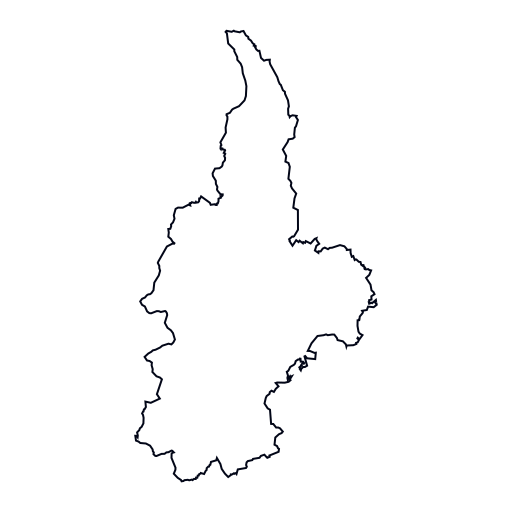 Iara, Cluj, Romania (Natural Earth projection), rotated 90°
{"feature_id": "2599482B94451106433579", "entity_name": "Iara", "entity_type": "district", "adm_level": 2, "iso_a3": "ROU", "parent_name": "Romania", "parent_adm1": "Cluj", "projection": "natural_earth1", "projection_center": [23.508, 46.546], "detail": "fine", "context": "isolated", "style": "outline", "palette": "ink", "viewbox_px": 512, "rotation_deg": 90, "n_neighbors": 0, "source": "geoboundaries", "source_scale": "gbopen_adm2", "svg_char_len": 6119}
<svg xmlns="http://www.w3.org/2000/svg" viewBox="0 0 512 512"><g transform="rotate(90 256 256)"><path d="M435.8,376.7L440.6,376.0L441.6,373.4L443.0,371.7L443.5,366.1L445.7,361.9L449.4,359.4L451.4,359.1L452.4,358.2L454.2,358.5L455.9,356.7L456.0,355.5L453.9,350.5L453.8,347.4L452.4,345.6L452.2,343.5L450.6,340.5L450.8,339.7L452.4,338.2L452.8,339.6L453.7,340.4L457.9,340.5L467.7,336.5L469.8,336.6L473.7,338.2L477.8,334.3L480.0,331.0L481.3,330.4L481.0,328.5L480.2,327.6L479.8,324.2L480.3,322.8L479.6,320.1L480.1,319.4L478.9,318.0L479.0,316.3L477.6,316.0L477.7,314.7L475.6,314.3L475.5,313.3L474.1,312.8L473.6,311.4L473.0,311.2L474.0,307.9L470.8,306.3L470.0,305.4L468.2,305.3L466.7,303.9L466.6,303.0L465.0,302.4L464.8,301.7L461.9,301.0L460.3,295.7L458.0,295.1L464.0,291.6L468.9,290.3L473.6,287.1L477.0,283.8L475.0,281.1L474.4,281.1L474.5,280.1L473.3,278.1L473.8,277.7L473.1,276.2L474.0,275.5L469.4,274.2L468.0,266.0L466.7,265.2L465.0,265.9L462.4,265.4L461.1,264.2L460.1,259.7L458.9,259.0L457.8,252.5L455.9,251.1L454.7,247.6L457.5,245.1L457.3,244.6L457.7,244.4L456.8,242.3L455.5,242.6L451.8,233.4L448.9,233.0L448.1,234.1L446.1,234.9L444.7,237.5L437.5,236.7L434.2,233.0L433.1,230.4L431.6,229.2L428.3,232.0L427.5,233.8L427.5,235.9L424.0,238.7L423.9,240.9L409.7,242.0L408.4,244.3L403.5,247.5L397.9,246.2L396.0,245.3L393.9,242.5L392.1,242.2L390.7,240.5L391.9,238.1L388.8,236.2L386.3,233.5L383.0,236.3L382.5,234.8L382.7,227.3L381.8,223.4L380.2,221.5L379.3,222.1L376.2,220.2L376.8,221.6L376.2,221.9L379.7,224.2L377.9,224.6L375.6,224.0L371.8,225.2L370.8,223.7L366.9,221.7L364.8,218.1L363.6,217.0L361.1,216.3L359.5,214.0L359.6,212.8L358.6,212.2L358.7,211.5L361.6,211.3L361.7,208.9L363.1,207.8L363.7,208.2L362.9,209.3L365.2,210.9L365.6,210.4L367.3,212.6L368.4,211.7L369.0,212.2L370.4,211.2L368.8,210.7L367.0,208.8L367.0,207.1L365.7,204.9L356.4,207.5L356.0,206.8L358.3,204.9L359.1,196.8L352.7,196.2L352.9,197.5L351.0,202.0L350.9,204.2L343.3,200.5L336.0,194.5L335.2,188.4L334.4,185.9L335.2,184.2L334.5,179.8L334.6,177.7L338.0,175.1L340.1,174.4L341.3,169.1L344.4,166.1L346.5,165.6L345.5,165.3L345.2,158.7L344.0,155.7L342.9,155.9L342.3,154.3L339.9,153.0L338.4,154.6L337.7,154.2L339.3,152.6L335.1,149.5L333.6,152.2L331.7,153.5L325.9,154.5L320.3,154.4L320.2,153.0L319.6,153.0L319.6,152.6L316.5,152.2L313.1,149.4L312.1,149.1L310.8,149.9L310.0,145.2L306.6,143.9L307.2,138.3L304.8,135.3L303.7,135.5L303.8,135.9L302.4,136.9L301.2,135.9L299.9,136.1L303.1,139.8L302.7,140.2L303.7,142.8L302.5,143.1L302.6,142.5L300.2,142.9L299.5,140.5L296.3,140.7L294.2,137.5L292.2,138.4L290.3,140.5L284.6,141.5L277.9,145.9L274.9,142.7L270.4,140.9L269.9,142.9L269.1,143.8L269.4,146.1L269.1,147.3L268.2,147.6L267.7,147.0L265.7,148.5L264.3,148.6L265.9,149.2L264.7,150.8L262.0,151.5L261.8,153.2L259.5,155.6L259.4,156.4L260.0,157.3L256.1,158.7L256.8,160.2L253.0,161.4L249.6,161.5L250.0,165.2L248.9,165.3L246.3,167.6L245.1,172.0L247.7,179.9L247.9,182.3L249.2,184.0L247.6,187.2L248.6,189.3L251.4,191.3L251.3,193.4L252.9,193.6L250.5,197.1L245.8,195.6L243.8,192.8L241.1,194.8L239.0,195.9L238.2,195.6L238.9,197.3L243.5,201.4L241.1,206.2L242.8,206.9L242.1,208.7L243.3,209.1L240.7,212.4L242.1,213.4L240.2,215.8L245.7,219.5L241.0,222.5L240.5,222.2L239.2,222.9L236.5,219.7L236.7,218.7L236.2,217.9L229.7,214.0L210.0,214.1L207.7,218.7L198.4,217.5L193.6,215.8L188.4,220.0L185.7,221.2L182.9,220.6L180.9,221.6L178.8,223.6L166.8,222.2L163.0,223.5L161.6,226.6L155.9,225.8L149.5,229.2L142.1,224.4L139.3,223.4L138.7,219.3L137.1,217.4L134.5,217.8L127.7,217.1L126.3,216.0L120.0,214.1L117.1,216.0L115.9,215.4L115.3,219.4L116.1,221.4L117.1,222.3L115.7,222.6L114.7,223.7L108.8,223.9L106.3,223.1L100.4,224.0L93.7,227.0L91.8,227.1L90.2,229.1L84.8,231.2L84.1,232.2L81.2,233.5L77.2,234.7L64.3,241.8L61.7,242.4L59.7,242.2L59.9,245.7L60.7,248.0L57.9,251.0L50.8,252.6L50.9,254.0L49.4,255.7L47.0,257.0L46.7,256.3L45.9,256.4L45.6,258.2L44.3,257.7L43.3,259.3L40.6,261.0L38.7,263.6L36.9,263.8L35.4,266.1L31.0,268.5L31.5,271.1L32.3,272.2L31.3,277.4L30.7,278.2L31.8,280.3L30.8,285.5L31.9,286.4L33.3,285.1L43.5,283.8L49.5,277.7L51.2,277.7L57.0,274.8L59.8,274.7L63.7,271.3L67.2,269.9L73.3,269.2L80.6,266.7L86.2,265.6L96.1,266.1L100.4,267.5L106.2,273.0L108.7,278.6L109.6,279.9L112.8,282.1L114.2,285.4L115.2,285.5L116.6,284.6L119.4,284.6L127.5,286.4L132.7,286.1L142.3,291.6L145.1,290.6L145.9,291.3L148.7,291.5L149.2,291.1L148.4,290.9L148.5,289.5L149.5,289.1L149.8,287.2L150.4,286.9L152.5,288.0L152.5,287.5L153.4,287.6L153.9,286.8L156.0,287.8L157.8,286.9L160.3,287.1L162.6,289.1L165.5,289.6L166.6,290.3L168.2,292.5L168.6,297.0L173.3,299.4L176.0,299.1L180.7,296.2L183.9,296.1L186.9,294.6L189.4,295.0L190.5,294.6L194.2,291.6L194.4,289.3L195.5,289.4L196.3,290.2L196.3,291.5L197.7,291.1L198.7,293.5L201.3,293.5L203.4,294.2L203.5,295.0L205.0,295.3L204.9,296.6L204.2,297.0L204.8,301.3L202.8,302.1L196.4,310.9L198.5,311.9L198.5,312.8L201.2,312.9L202.3,313.8L202.6,315.5L201.8,316.1L202.8,316.8L202.8,318.0L202.2,320.1L203.1,320.7L202.9,321.7L203.3,322.3L205.4,321.8L204.7,323.5L207.7,329.3L207.6,334.0L208.9,336.4L215.3,338.2L218.7,337.5L222.4,339.0L224.5,341.0L226.2,340.8L228.8,341.7L229.0,343.7L232.6,343.2L236.7,343.7L239.0,341.0L241.6,339.5L243.2,337.6L243.7,337.9L243.6,339.5L246.5,345.1L261.6,353.7L262.9,354.2L265.9,352.7L268.1,352.7L270.7,351.9L275.4,353.2L282.6,357.7L290.2,358.5L293.2,360.6L294.2,362.0L294.4,363.7L295.3,365.2L297.5,367.0L298.8,369.9L301.4,371.8L304.8,370.0L306.5,367.1L311.4,364.9L313.1,362.7L313.3,360.9L311.1,355.2L311.2,353.1L312.0,351.2L311.0,346.9L311.5,346.1L313.2,345.1L315.1,344.8L322.8,347.2L327.8,344.5L330.3,341.1L333.1,339.0L339.5,337.1L342.5,338.7L344.4,340.6L343.7,343.5L345.7,349.7L347.5,351.9L349.7,356.4L350.4,359.2L351.8,360.7L353.5,363.7L356.9,367.4L360.5,365.0L361.0,362.4L362.6,360.1L365.2,360.4L369.2,359.3L372.0,359.6L376.3,355.5L377.5,352.1L379.3,350.1L394.2,355.1L398.6,352.2L402.8,361.2L401.6,366.6L407.0,366.1L409.2,367.4L409.4,368.1L411.5,368.5L411.6,369.0L413.5,369.9L414.9,369.0L417.8,368.4L423.4,368.6L426.9,370.4L428.3,372.1L430.1,372.7L432.4,374.9L435.5,374.2L437.2,374.4L435.9,375.3L435.8,376.7Z" fill="none" stroke="#020617" stroke-width="2"/></g></svg>